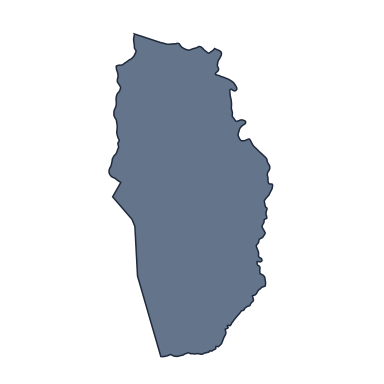 the district of Aguanqueterique, La Paz, Honduras, rotated 175°
{"feature_id": "27666195B50891803381013", "entity_name": "Aguanqueterique", "entity_type": "district", "adm_level": 2, "iso_a3": "HND", "parent_name": "Honduras", "parent_adm1": "La Paz", "projection": "mercator", "projection_center": [-87.66, 13.981], "detail": "fine", "context": "isolated", "style": "filled", "palette": "slate", "viewbox_px": 384, "rotation_deg": 175, "n_neighbors": 0, "source": "geoboundaries", "source_scale": "gbopen_adm2", "svg_char_len": 6032}
<svg xmlns="http://www.w3.org/2000/svg" viewBox="0 0 384 384"><g transform="rotate(175 192 192)"><path d="M127.3,91.9L126.8,93.6L126.6,95.5L126.9,100.4L127.4,101.6L128.1,102.6L128.9,103.3L131.1,104.7L131.4,105.0L131.3,108.1L130.9,110.2L130.9,111.2L131.1,111.7L131.4,112.2L131.9,112.7L132.6,113.1L132.9,113.4L133.1,114.0L133.3,114.8L133.4,116.5L133.2,117.0L132.9,117.1L132.7,117.1L131.7,116.8L130.6,116.5L130.1,116.5L129.6,116.5L129.1,116.7L128.6,117.1L128.3,117.6L128.2,118.1L128.3,118.9L128.8,119.7L129.4,120.3L130.1,120.6L130.5,120.9L130.9,121.4L131.2,122.0L131.3,122.7L131.1,124.2L131.0,126.3L132.6,131.9L132.7,133.0L132.6,133.3L130.8,135.1L130.2,135.8L130.0,136.2L129.5,138.2L129.2,138.9L128.3,139.5L126.3,140.2L125.5,140.7L124.9,141.4L123.4,143.4L122.9,144.0L122.8,144.4L122.7,145.1L123.0,145.9L125.0,150.3L125.1,151.1L125.2,151.8L125.0,152.5L123.1,155.2L122.8,156.3L122.7,157.4L122.4,158.1L122.2,158.3L121.7,158.6L120.0,159.2L119.8,159.3L119.7,159.5L119.8,161.6L120.2,162.9L120.2,164.1L119.5,166.8L118.8,168.2L118.7,169.0L118.9,169.6L119.8,170.5L120.1,170.9L120.2,171.3L120.4,172.5L120.8,176.3L120.8,176.7L120.4,177.5L119.3,178.8L118.0,180.1L116.1,181.8L115.4,182.6L114.7,184.0L113.1,186.4L111.9,188.4L111.1,191.4L111.2,192.3L111.4,192.6L111.6,192.9L114.4,193.4L114.8,193.9L115.0,194.6L115.2,195.2L115.3,196.0L115.3,196.9L115.1,198.9L115.2,200.3L115.5,201.9L115.4,203.1L115.2,204.1L114.8,205.0L113.4,206.8L112.9,207.6L112.6,208.3L112.4,209.1L112.4,211.1L112.8,212.2L113.6,213.7L114.2,215.2L114.4,216.0L114.4,217.0L114.5,217.5L114.9,218.8L115.4,219.7L116.0,220.4L119.2,224.0L120.9,225.7L122.6,227.8L126.4,232.1L127.5,233.9L129.2,238.0L129.6,238.9L130.1,239.6L130.3,239.8L130.6,239.8L131.5,239.7L134.6,238.7L135.4,238.5L136.9,238.6L138.2,238.8L138.9,239.1L139.3,239.6L140.1,241.2L140.8,243.1L141.1,244.5L141.0,245.8L139.6,249.2L139.2,250.4L139.0,250.8L138.0,252.1L136.5,253.4L135.8,253.9L132.9,255.5L132.6,256.1L132.5,257.0L132.5,257.7L132.7,257.9L133.0,258.2L134.7,259.1L135.9,259.5L136.6,259.5L137.4,259.5L141.0,258.5L141.5,258.5L141.9,258.6L142.6,259.3L143.4,260.9L144.9,263.1L145.2,263.8L145.2,264.9L144.8,267.6L145.4,271.1L145.5,272.5L145.1,274.6L144.9,277.0L144.9,278.6L145.1,281.5L145.5,284.2L145.6,288.6L145.5,289.6L145.3,290.2L145.0,290.6L144.5,290.9L144.0,290.9L143.5,290.8L142.4,289.8L141.3,289.1L140.7,289.0L139.9,289.1L139.1,289.6L138.5,290.3L138.3,291.2L138.4,292.1L138.8,293.1L139.4,294.4L140.8,296.9L141.7,298.0L143.0,299.1L144.7,300.4L146.5,301.5L150.7,303.6L152.9,304.5L154.6,305.5L157.8,306.7L158.2,307.0L158.4,307.5L158.3,307.9L158.0,308.4L157.0,309.2L155.5,310.4L155.2,310.7L155.0,311.2L154.8,311.9L154.8,312.7L155.7,315.4L155.7,315.9L155.6,316.7L154.8,319.5L154.4,320.5L153.9,321.2L152.9,322.5L151.9,324.1L151.2,325.2L150.8,326.1L150.7,326.6L150.6,327.4L150.6,328.2L150.7,328.8L151.3,329.5L152.5,330.5L156.3,332.5L157.0,333.0L158.7,331.2L161.2,329.9L162.1,329.3L162.9,329.0L163.4,328.9L164.4,329.5L166.3,331.3L167.3,332.2L168.1,333.1L168.3,333.6L169.3,334.7L170.5,335.8L172.0,336.3L172.7,336.3L173.9,335.7L175.3,335.2L176.3,335.0L177.3,334.9L179.5,334.4L181.9,333.6L184.0,333.8L186.5,335.0L188.2,336.1L189.7,337.3L190.5,338.4L191.9,340.9L192.7,341.3L194.3,341.3L195.3,341.1L196.3,341.0L197.3,341.2L202.4,341.2L203.4,341.3L204.8,341.7L207.9,342.9L210.2,343.6L235.7,354.5L235.6,354.2L235.7,353.8L236.6,350.4L236.9,349.2L236.9,348.1L236.7,343.3L236.8,340.5L236.6,339.8L236.1,339.0L235.7,338.2L235.5,337.6L235.5,337.1L235.8,336.1L237.8,332.7L239.4,331.1L241.0,329.9L241.8,329.5L243.3,328.9L245.3,327.6L247.9,326.2L249.9,324.9L250.4,324.7L250.9,324.6L252.1,324.6L253.8,324.7L255.2,324.5L256.2,324.2L256.4,324.0L256.6,323.7L256.6,323.3L256.5,320.6L255.6,316.8L255.5,314.7L255.6,313.4L256.5,310.8L256.6,309.9L256.8,309.0L256.8,308.4L256.6,307.8L254.4,303.7L254.1,302.8L254.1,302.0L254.5,300.8L255.1,299.4L256.1,298.1L257.3,297.0L257.8,296.3L258.5,295.2L259.0,293.8L259.5,291.8L259.7,286.3L260.1,284.8L260.6,283.4L262.0,280.9L262.5,279.8L262.9,278.0L263.1,275.7L263.1,275.0L262.9,274.3L262.1,272.3L261.4,271.1L261.1,269.9L260.8,265.6L260.8,264.2L260.9,262.7L261.7,258.4L261.8,257.4L261.6,255.6L261.1,253.1L260.0,249.8L260.0,249.5L260.2,249.1L261.4,247.5L261.6,247.1L261.6,246.3L261.4,244.9L261.2,243.4L261.3,242.9L261.4,242.4L261.6,242.0L262.0,241.6L263.5,238.2L264.1,237.1L264.9,236.2L266.0,235.3L266.8,234.5L268.5,231.7L268.6,231.2L268.9,229.7L270.3,225.4L270.7,224.5L271.5,223.5L272.0,222.6L272.5,221.5L272.8,220.4L272.9,218.6L272.8,217.8L272.3,216.6L271.6,215.3L270.8,214.3L270.1,213.8L267.4,212.3L266.3,211.2L264.9,209.9L262.1,207.7L271.5,194.1L254.2,170.1L251.9,162.7L253.6,113.1L237.4,30.8L235.5,30.5L233.0,30.6L230.7,31.0L227.3,32.0L226.3,31.4L225.0,30.5L224.2,30.1L222.6,29.7L220.7,29.5L219.1,29.8L214.9,30.4L214.6,30.5L214.1,30.9L213.3,31.3L211.5,31.7L210.3,32.0L209.6,32.1L209.0,32.0L207.5,31.0L207.0,30.9L205.9,31.0L204.3,30.5L202.9,30.4L202.1,30.4L201.3,30.6L200.9,30.6L198.1,29.9L197.6,29.6L196.0,29.6L195.5,29.6L194.5,30.0L193.5,30.6L191.9,30.5L190.2,31.0L189.5,31.0L189.0,31.1L188.8,31.3L188.1,32.3L186.4,31.8L186.1,31.8L185.7,32.0L184.9,32.6L182.2,33.6L182.0,33.8L181.9,34.0L181.8,35.8L181.7,36.0L180.7,36.0L179.5,35.6L179.2,35.6L176.4,37.8L176.0,38.3L175.5,38.9L173.8,42.4L173.0,44.1L171.3,46.7L170.7,48.0L170.5,48.7L170.4,49.1L170.9,52.3L169.9,52.7L168.5,53.1L168.0,53.4L167.8,53.8L167.8,54.1L168.2,54.6L168.5,55.3L168.6,55.5L168.4,55.8L168.0,56.0L167.6,56.1L166.8,55.9L166.1,55.5L165.8,55.5L165.4,55.7L164.7,56.5L164.0,57.8L161.9,60.1L161.2,61.0L158.9,63.3L157.4,64.8L155.1,67.0L154.0,68.3L153.4,69.0L152.7,69.4L151.5,69.5L150.7,69.8L150.1,70.5L149.6,71.4L149.3,71.7L146.8,73.2L146.1,73.5L145.4,73.4L144.9,73.5L144.2,73.9L143.6,75.0L142.5,76.5L142.0,77.0L140.8,77.7L140.3,78.6L140.2,79.2L140.2,79.8L140.5,81.3L140.9,82.8L140.9,83.3L140.8,83.5L140.3,83.6L139.0,83.6L138.4,83.9L137.8,84.2L137.1,84.8L136.2,85.8L135.0,87.6L134.3,88.5L134.0,88.7L133.3,89.1L132.6,89.5L131.8,90.1L130.9,90.9L130.4,91.1L128.6,91.5L127.5,91.9L127.3,91.9Z" fill="#64748b" stroke="#1e293b" stroke-width="1.5"/></g></svg>